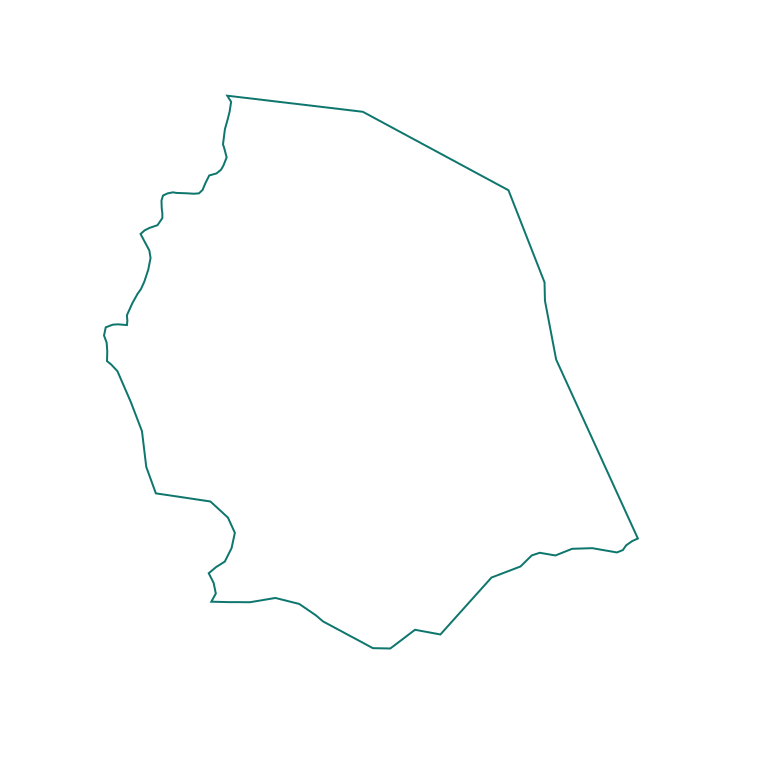 outline of Boali, Ombella-M'Poko, Central African Republic, rotated 104°
{"feature_id": "33826404B11454155454969", "entity_name": "Boali", "entity_type": "district", "adm_level": 2, "iso_a3": "CAF", "parent_name": "Central African Republic", "parent_adm1": "Ombella-M'Poko", "projection": "natural_earth1", "projection_center": [18.06, 4.808], "detail": "fine", "context": "isolated", "style": "outline", "palette": "teal", "viewbox_px": 768, "rotation_deg": 104, "n_neighbors": 0, "source": "geoboundaries", "source_scale": "gbopen_adm2", "svg_char_len": 1270}
<svg xmlns="http://www.w3.org/2000/svg" viewBox="0 0 768 768"><g transform="rotate(104 384 384)"><path d="M528.0,207.4L514.6,199.2L510.1,192.1L508.9,176.2L498.4,161.6L492.9,142.2L491.1,117.3L487.4,112.1L481.9,110.0L476.4,105.2L472.5,100.3L318.6,222.9L264.2,248.0L246.6,252.8L165.9,310.1L125.0,470.4L142.2,605.8L147.2,600.6L157.1,599.7L164.7,599.7L175.2,600.0L180.4,599.4L190.4,598.2L194.3,595.8L202.2,591.5L211.1,592.7L215.6,594.0L220.3,597.6L223.9,604.0L231.8,605.8L239.6,607.0L243.8,609.7L245.4,614.6L246.7,621.6L248.8,631.6L249.1,635.2L251.4,640.1L254.6,644.0L259.8,644.3L267.2,642.2L271.9,640.4L276.6,639.2L284.7,642.2L289.2,649.2L292.8,653.4L297.3,656.5L302.8,651.6L311.2,644.0L318.2,641.0L330.0,640.4L342.6,641.3L350.7,642.8L356.0,644.9L366.4,647.7L379.5,650.1L384.8,648.3L389.0,647.7L390.5,656.8L392.1,661.6L396.3,667.7L404.7,667.4L411.0,663.1L419.3,660.4L428.8,658.3L431.1,653.4L436.0,645.8L462.6,625.4L488.4,607.4L522.0,594.6L545.3,578.9L540.0,524.0L551.4,503.1L564.5,492.7L580.1,492.2L594.8,495.5L602.2,502.6L610.0,508.3L618.2,501.2L628.0,496.5L637.0,498.9L633.3,482.3L628.1,461.1L617.9,437.7L617.9,413.1L625.0,394.0L629.1,385.8L643.0,330.9L639.1,313.9L615.0,294.5L613.4,268.7L545.8,232.9L528.0,207.4Z" fill="none" stroke="#0f766e" stroke-width="2"/></g></svg>